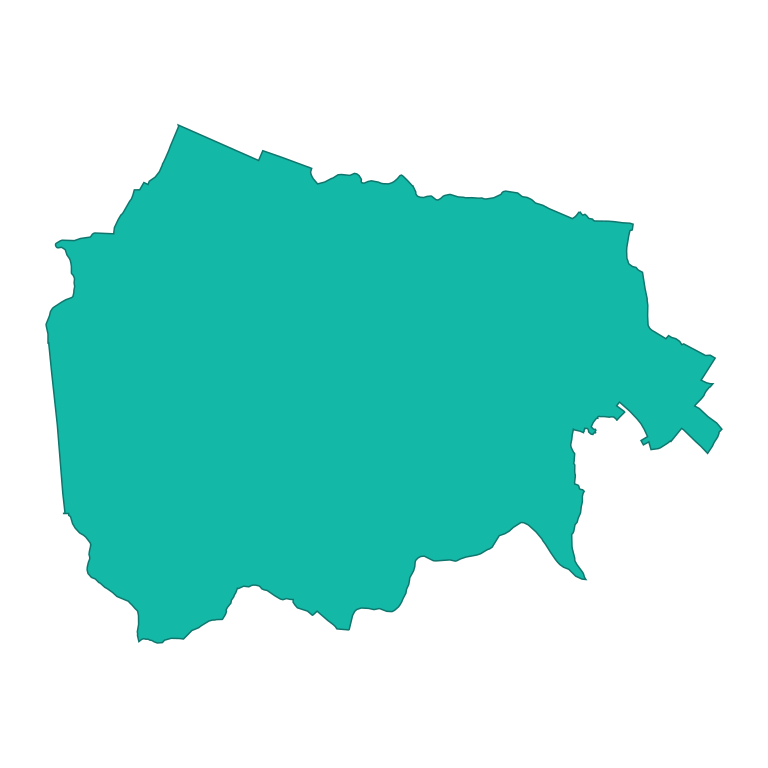 outline of Niculitel, Tulcea, Romania
{"feature_id": "2599482B9005867250176", "entity_name": "Niculitel", "entity_type": "district", "adm_level": 2, "iso_a3": "ROU", "parent_name": "Romania", "parent_adm1": "Tulcea", "projection": "orthographic", "projection_center": [28.494, 45.189], "detail": "fine", "context": "isolated", "style": "filled", "palette": "teal", "viewbox_px": 768, "rotation_deg": 0, "n_neighbors": 0, "source": "geoboundaries", "source_scale": "gbopen_adm2", "svg_char_len": 6047}
<svg xmlns="http://www.w3.org/2000/svg" viewBox="0 0 768 768"><path d="M629.9,223.2L622.9,222.8L613.8,221.6L608.3,221.2L595.0,221.0L593.6,220.6L592.5,219.1L588.7,218.4L586.8,215.9L585.1,214.4L584.5,214.4L583.2,215.1L582.6,215.0L581.9,214.4L580.2,212.2L579.9,212.6L578.8,212.3L576.7,215.1L575.2,216.7L572.4,218.6L549.0,208.6L542.9,205.3L535.4,203.0L532.4,200.2L530.9,199.2L527.1,197.4L523.0,196.8L521.9,196.4L517.7,193.0L505.6,191.1L503.4,191.6L502.1,192.6L501.0,194.4L493.7,197.8L486.0,199.0L484.3,198.9L481.8,198.0L478.8,198.2L471.9,197.7L465.7,197.8L463.6,197.3L458.1,196.9L450.5,194.5L449.2,194.5L444.7,195.5L443.2,196.2L440.8,198.4L438.1,200.0L436.0,199.7L431.9,196.4L431.1,196.0L427.1,196.4L423.7,197.5L420.0,197.2L417.5,196.2L416.5,194.9L415.8,193.7L415.8,192.0L413.0,186.1L412.8,186.3L407.3,180.3L403.2,176.3L401.5,175.1L400.0,175.6L397.4,178.7L394.3,181.4L392.1,182.7L388.5,183.9L383.2,183.7L381.2,183.3L378.3,182.1L371.4,180.8L368.1,181.5L364.1,183.2L361.6,182.7L361.2,181.3L361.4,179.3L359.1,175.6L356.8,173.9L354.4,173.4L349.9,175.4L341.3,174.5L338.0,174.8L333.0,178.0L331.2,178.6L324.6,182.1L317.6,183.9L313.2,178.7L311.9,176.4L311.0,174.1L310.6,172.0L311.7,168.4L284.2,158.2L262.8,150.7L258.6,160.5L178.2,125.0L178.6,126.5L170.3,146.3L168.9,150.2L165.3,158.5L163.6,162.1L162.6,163.8L162.2,165.3L159.4,171.7L155.2,177.1L149.3,181.2L148.0,184.5L143.9,182.5L139.7,189.8L134.3,189.9L132.9,195.1L131.4,199.0L129.7,201.2L123.2,212.5L122.4,213.7L120.9,215.0L118.3,219.4L114.4,227.6L113.7,233.8L94.8,233.0L93.5,233.4L92.3,234.3L90.5,237.0L90.1,237.1L80.4,238.5L74.4,240.6L62.1,240.2L60.2,240.9L56.2,243.3L55.6,244.0L55.5,244.6L55.7,245.9L56.4,247.0L57.2,247.7L58.3,247.8L61.6,247.3L65.2,249.6L67.0,255.0L69.4,258.5L70.2,260.2L70.9,263.0L71.4,266.4L71.4,273.1L71.8,273.8L73.1,275.2L74.3,277.8L74.5,279.1L74.1,282.9L74.7,286.6L74.0,289.7L73.8,292.7L72.9,296.6L71.6,297.6L65.9,299.7L62.1,301.8L53.4,307.5L52.3,308.6L50.5,311.5L49.4,316.0L46.1,324.2L46.2,325.7L48.0,334.0L48.0,343.0L48.7,342.9L51.7,372.9L57.3,424.8L62.8,493.4L65.0,513.0L63.0,513.5L68.6,513.5L68.8,515.4L70.5,516.6L72.6,523.7L75.2,528.1L79.6,532.9L83.7,535.3L85.8,537.1L90.1,542.7L90.7,544.2L90.6,545.2L90.8,545.2L89.4,551.3L89.0,554.4L89.7,557.0L89.7,559.0L88.4,562.3L87.3,567.0L87.1,569.9L88.0,573.5L91.4,577.4L95.4,579.0L98.8,582.5L100.3,583.2L104.8,587.3L107.3,588.7L112.5,592.4L117.0,596.5L128.5,601.3L129.4,602.5L132.1,605.1L135.4,608.9L136.9,610.2L137.7,611.5L138.5,615.5L138.6,624.4L137.3,631.8L137.6,633.6L137.5,635.6L138.9,641.6L141.8,639.3L143.8,638.7L145.7,639.2L148.2,639.2L149.8,640.1L152.0,640.5L154.1,641.8L157.3,643.0L162.4,642.6L164.5,640.2L171.1,638.3L179.5,638.5L183.5,639.0L191.9,630.5L198.7,627.7L201.0,625.9L208.8,621.1L212.2,620.1L214.9,620.0L216.3,619.6L222.4,619.4L225.0,615.2L225.8,613.6L226.5,611.2L226.1,610.0L226.4,609.4L227.5,607.3L230.9,603.1L231.4,600.2L233.8,596.8L234.3,595.0L235.7,592.9L237.4,588.3L238.5,588.5L243.6,586.2L248.9,586.8L251.8,585.3L253.2,585.1L255.5,585.1L259.0,585.9L259.9,586.5L261.9,588.9L264.1,589.8L267.2,590.5L274.7,595.7L280.3,599.0L282.9,599.7L286.4,598.6L290.3,599.4L293.2,599.5L293.1,602.2L295.1,605.2L297.4,607.8L307.5,611.1L312.3,615.2L313.0,615.0L317.1,611.2L327.6,620.3L333.1,624.5L335.2,626.4L336.9,628.9L348.5,629.9L349.1,629.6L349.3,629.1L352.6,615.4L354.7,611.4L356.8,609.5L361.2,608.0L368.6,608.4L374.0,609.6L379.4,608.5L386.7,611.3L391.2,611.6L392.3,611.5L394.6,610.3L398.4,607.0L399.9,605.0L401.7,601.9L403.0,598.7L405.9,593.2L406.6,589.1L408.7,584.6L409.4,581.0L409.8,577.7L413.6,570.8L414.8,566.6L415.1,562.6L415.4,561.2L416.0,560.0L418.1,557.9L420.7,556.5L424.2,556.1L433.3,560.7L435.8,560.9L449.8,559.9L455.2,561.1L456.8,560.8L460.5,558.9L466.2,557.0L476.9,555.0L480.7,553.7L485.9,550.5L488.1,549.3L489.4,549.0L491.5,547.6L492.2,547.1L499.0,536.0L499.4,535.6L504.9,533.7L509.3,531.1L513.3,527.4L521.0,522.5L523.8,522.7L528.3,524.9L536.1,532.0L541.9,538.9L542.9,540.8L545.3,544.0L550.9,552.9L555.3,559.3L557.7,562.3L559.9,564.6L563.5,567.2L568.8,569.3L575.7,576.2L582.0,579.1L585.9,579.5L584.5,577.3L583.6,574.2L582.8,572.5L576.9,564.5L575.1,561.2L574.8,560.5L574.7,558.0L572.4,549.0L572.0,546.5L571.7,534.5L573.2,532.7L573.8,531.1L575.0,524.8L577.2,522.1L578.2,518.2L580.5,513.0L581.3,506.5L582.4,501.7L582.4,496.2L583.1,493.4L584.2,491.3L582.6,489.7L580.6,489.4L579.5,488.8L578.8,486.1L578.1,485.2L574.7,483.9L574.6,482.4L575.3,476.4L575.3,474.9L574.9,473.7L574.7,471.4L574.8,465.0L573.7,463.3L574.1,461.5L574.7,453.8L574.3,453.0L573.7,452.6L571.8,448.8L571.0,446.8L570.7,444.8L571.8,439.2L572.2,435.2L573.4,429.2L574.4,429.9L579.9,431.1L583.4,432.6L583.4,432.1L584.1,431.4L584.1,430.1L584.7,429.2L584.5,428.8L584.7,428.3L587.1,428.4L588.0,429.1L588.3,429.7L588.7,432.0L591.0,434.1L592.9,434.5L593.3,433.7L593.9,433.0L595.5,432.8L595.6,432.5L595.0,431.7L595.9,430.4L595.4,429.3L593.7,429.4L591.2,426.8L593.3,422.3L596.2,418.6L596.8,418.2L597.8,418.3L597.7,417.2L598.1,416.7L599.2,416.3L600.0,416.6L604.6,416.6L609.5,417.2L611.0,416.8L613.7,417.0L616.3,419.2L616.7,420.1L616.5,420.6L619.2,417.6L624.7,412.1L624.2,411.4L616.6,405.8L619.5,402.1L629.9,411.3L637.0,418.8L640.9,423.6L644.2,429.3L647.6,436.6L641.0,440.5L643.4,444.9L648.8,441.9L651.0,449.6L658.3,448.6L660.5,447.7L667.6,443.2L670.3,441.0L670.9,441.5L681.6,428.4L683.4,429.6L695.7,441.6L700.9,446.3L707.6,453.4L712.5,446.0L714.1,442.5L717.7,437.0L719.0,433.5L718.9,432.4L721.9,429.2L716.7,423.0L707.9,416.6L699.3,408.5L694.7,406.0L695.6,404.7L701.6,398.5L703.9,395.6L704.8,393.4L706.0,391.3L709.2,387.4L710.1,387.0L712.9,383.8L710.1,383.7L706.6,382.8L701.1,380.2L715.2,358.1L710.2,355.2L705.5,355.5L683.7,343.9L681.8,344.7L679.7,341.4L675.9,338.7L671.7,337.5L668.6,335.6L665.9,338.7L651.8,330.2L649.8,328.4L648.1,325.3L647.6,315.7L647.8,305.3L647.1,299.9L647.2,298.9L645.1,288.8L642.5,272.3L638.2,270.0L636.0,267.4L632.6,266.6L629.0,264.0L628.3,262.5L627.8,260.6L626.9,258.4L626.6,250.9L626.8,247.4L628.8,235.5L629.8,231.2L630.2,230.4L632.0,230.1L632.3,229.8L633.1,224.2L629.9,223.2Z" fill="#14b8a6" stroke="#0f766e" stroke-width="1.5"/></svg>